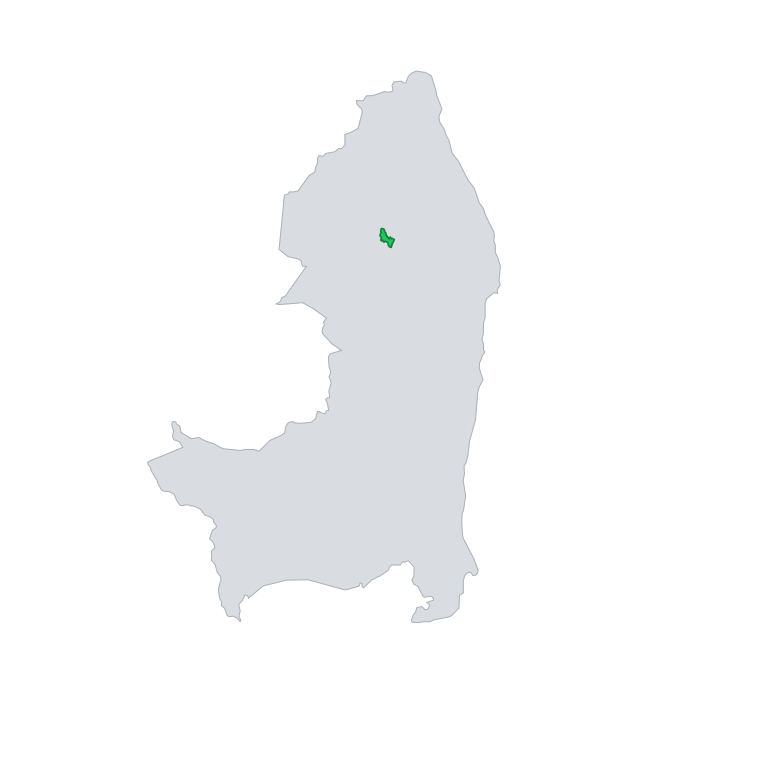 Urubamba, Cusco, Peru shown in context, rotated 215°
{"feature_id": "86281439B1367773994122", "entity_name": "Urubamba", "entity_type": "district", "adm_level": 2, "iso_a3": "PER", "parent_name": "Peru", "parent_adm1": "Cusco", "projection": "mercator", "projection_center": [-72.303, -13.268], "detail": "fine", "context": "in_parent", "style": "filled", "palette": "green", "viewbox_px": 768, "rotation_deg": 215, "n_neighbors": 0, "source": "geoboundaries", "source_scale": "gbopen_adm2", "svg_char_len": 7193}
<svg xmlns="http://www.w3.org/2000/svg" viewBox="0 0 768 768"><g transform="rotate(215 384 384)"><path d="M535.4,230.5L535.3,232.4L532.8,233.4L530.6,232.0L527.2,232.4L522.3,227.9L510.4,228.6L505.2,233.9L497.3,235.0L488.8,237.5L479.0,238.5L463.8,247.0L460.3,250.5L453.4,255.5L447.8,257.2L445.0,272.6L439.5,281.6L437.3,286.6L440.3,294.0L440.2,297.7L437.2,300.7L434.6,301.0L429.4,304.2L421.6,311.0L420.2,316.3L422.7,323.2L421.9,324.0L415.4,325.3L415.6,329.2L414.3,330.7L419.7,336.2L422.7,337.5L422.9,338.9L422.4,340.3L421.2,341.0L421.1,342.2L425.0,346.3L427.9,354.6L433.5,358.7L433.7,361.3L435.3,364.0L438.3,365.9L445.1,374.3L445.3,378.1L438.1,387.0L449.9,387.0L463.0,390.0L464.8,391.4L466.4,395.4L466.6,398.0L469.2,400.2L468.9,405.0L486.2,405.1L497.3,403.9L515.3,389.0L518.2,387.8L516.6,391.0L516.4,393.4L517.4,395.9L515.3,399.5L515.1,435.8L518.4,433.8L522.6,437.2L525.7,437.4L535.6,433.3L547.1,434.0L573.9,481.5L571.6,484.7L571.7,487.2L568.4,489.3L565.1,493.1L564.9,512.1L562.2,517.9L563.8,520.9L565.2,527.0L567.7,530.6L568.3,533.0L568.0,533.9L564.3,535.9L564.0,539.4L557.4,546.2L556.2,550.8L553.7,552.3L553.2,557.6L559.3,566.1L555.4,571.1L551.8,578.6L557.9,594.5L560.4,596.8L563.1,596.7L567.0,598.0L569.2,600.4L564.3,603.4L563.5,604.7L563.8,609.9L558.4,613.9L551.3,623.9L549.3,624.5L545.7,627.5L545.1,629.0L545.7,630.4L548.8,633.4L549.1,637.1L543.9,641.6L540.2,642.1L538.9,643.3L540.4,649.5L540.3,652.3L539.2,655.6L536.6,659.1L528.9,662.9L521.9,663.6L509.9,654.3L506.2,650.5L494.3,642.6L492.4,634.4L488.4,630.4L481.2,627.4L475.4,623.2L471.0,621.2L460.3,612.0L450.6,609.1L432.4,599.4L422.5,596.2L409.9,587.1L403.2,584.7L397.7,580.5L381.2,571.5L378.6,568.7L376.1,564.2L372.4,561.6L368.3,555.6L362.2,552.0L356.3,547.3L349.1,534.7L345.6,531.8L345.4,526.1L343.0,523.5L346.5,521.6L348.8,512.7L347.6,508.3L339.2,496.3L337.6,491.4L331.6,482.3L329.3,476.8L324.5,472.8L322.4,469.4L319.7,467.9L319.6,463.7L317.7,455.8L315.0,451.7L305.3,444.2L304.3,436.1L302.2,430.5L288.7,407.6L280.9,385.7L274.3,373.6L271.6,366.6L271.4,362.8L266.5,356.4L263.9,350.5L252.9,339.1L246.6,326.5L245.7,322.8L241.4,315.9L234.4,306.9L230.9,303.2L209.9,292.2L200.0,285.3L198.8,281.9L199.3,279.9L201.5,278.0L204.5,279.4L206.3,278.8L207.7,276.4L207.8,272.6L205.9,267.8L199.2,258.5L201.0,254.3L194.1,243.5L195.7,233.1L197.2,230.4L207.5,219.8L210.3,215.3L214.6,212.5L219.1,208.2L224.5,204.9L226.0,206.1L227.6,211.7L227.4,215.5L228.9,219.7L225.1,223.5L221.1,222.7L219.5,223.7L218.9,225.5L219.6,228.3L220.6,229.5L223.6,229.6L219.6,235.2L219.9,236.3L222.7,237.3L225.4,235.9L228.3,232.7L230.0,232.3L240.3,237.7L245.1,237.1L248.8,239.6L249.2,243.5L254.3,251.3L262.0,253.2L263.3,252.5L265.0,249.7L266.7,249.2L267.0,244.9L273.7,240.3L274.7,237.2L273.7,234.9L273.9,233.2L277.7,223.0L279.0,221.9L280.1,218.6L281.7,216.6L283.9,205.2L285.7,205.3L287.5,208.0L289.5,207.3L288.4,204.7L288.8,203.8L296.1,194.7L298.5,192.7L333.9,180.1L351.6,167.2L367.2,149.2L372.1,130.9L373.9,132.2L376.8,131.8L375.8,124.4L376.5,120.9L376.4,119.9L371.6,115.5L369.6,110.6L365.4,107.9L365.5,106.9L370.0,107.9L374.1,107.5L377.6,104.4L380.2,104.7L386.0,108.8L390.3,109.2L391.7,112.2L395.8,114.3L401.8,120.6L404.5,127.5L404.3,128.7L407.0,132.3L412.7,134.1L418.5,139.1L424.4,140.7L427.1,145.3L428.7,146.7L429.5,149.3L428.6,152.4L429.5,154.0L433.9,156.7L437.6,156.9L438.5,158.1L440.6,165.7L439.2,169.5L439.7,171.6L444.7,173.4L446.1,175.1L450.0,175.4L455.6,173.8L462.5,176.1L467.8,175.3L470.3,174.7L472.8,173.0L474.9,173.0L480.3,168.2L481.8,167.8L487.6,170.0L492.5,173.3L498.5,172.6L501.0,170.6L505.3,169.4L513.2,173.5L515.0,175.4L517.1,175.8L525.6,179.8L527.1,181.5L531.5,183.0L532.5,184.3L532.2,185.8L512.4,216.8L518.5,219.3L524.2,217.8L527.2,219.8L529.4,224.9L533.9,228.2L535.4,230.5Z" fill="#d9dde1" stroke="#a8b0b8" stroke-width="1"/><path d="M474.4,510.5L474.7,510.4L474.9,510.2L475.0,510.0L475.2,509.9L475.2,509.7L475.3,509.1L475.2,509.0L475.2,508.9L475.2,508.7L474.9,508.5L474.8,508.3L474.8,508.2L474.6,508.0L474.6,507.9L474.4,507.6L474.2,507.3L474.2,507.2L474.0,506.9L473.8,506.6L473.7,506.6L473.4,506.6L473.4,506.8L473.2,506.6L473.2,506.3L473.1,506.1L473.1,505.8L473.1,505.6L473.1,505.4L473.0,505.1L472.9,505.0L472.9,504.9L473.0,504.8L473.0,504.7L472.9,504.7L472.8,504.4L472.7,504.3L472.7,504.2L472.7,503.9L472.6,503.7L472.5,503.4L472.4,503.3L472.3,503.2L472.1,503.2L471.9,502.9L471.7,502.8L471.6,502.7L471.4,502.6L471.2,502.7L470.9,502.7L470.6,502.7L470.4,502.6L470.2,502.5L470.2,502.4L469.9,502.2L469.9,501.9L469.8,501.7L469.8,501.3L469.8,501.2L469.7,500.9L469.4,500.8L469.5,500.7L469.4,500.4L469.3,500.2L469.1,500.2L468.9,500.0L468.9,499.9L468.7,499.8L468.5,500.0L468.3,500.0L468.2,500.0L468.2,499.9L467.9,499.9L467.7,499.9L467.7,500.0L467.6,500.4L467.6,500.5L467.4,500.7L467.5,500.8L467.5,501.0L467.2,501.2L466.8,500.9L466.8,500.7L466.6,500.6L466.3,500.5L466.2,500.6L466.1,500.4L465.9,500.2L465.7,500.1L465.5,500.3L465.4,500.4L465.2,500.4L465.2,500.6L465.2,500.8L465.3,500.9L465.4,501.0L465.0,501.3L464.8,501.6L464.7,501.8L464.4,501.8L464.3,501.7L464.1,501.7L463.9,501.7L463.7,501.8L463.4,501.8L463.1,501.9L462.9,502.1L462.7,502.2L462.4,502.2L462.1,502.0L461.9,501.8L461.9,501.7L461.6,501.6L461.4,501.5L461.2,501.4L461.1,501.2L460.9,500.9L460.7,500.7L460.3,500.6L460.1,500.5L460.0,500.3L460.0,500.2L459.9,500.0L459.7,499.9L459.3,499.9L459.0,499.7L458.7,499.7L458.2,499.4L457.8,499.7L457.8,499.8L457.6,499.8L457.5,499.7L457.3,499.7L457.2,499.7L457.1,499.8L456.8,499.9L456.7,500.0L456.4,500.1L456.5,500.4L456.5,500.5L456.7,500.8L456.7,501.0L456.8,501.1L457.0,501.3L456.9,501.5L457.0,501.8L457.0,502.0L457.3,502.2L457.3,502.4L457.2,502.6L457.3,502.8L457.4,503.0L457.5,503.2L457.4,503.3L457.6,503.5L457.8,503.6L457.8,503.8L457.7,503.9L457.8,504.0L457.8,504.3L457.8,504.8L457.7,505.2L457.7,505.4L457.8,505.7L457.9,505.8L458.0,506.2L458.0,506.5L458.0,506.8L458.0,507.1L458.1,507.4L458.3,507.5L458.2,507.8L458.2,508.0L458.4,508.3L458.7,508.3L458.9,508.4L459.1,508.3L459.2,508.2L459.3,508.1L459.5,508.1L459.8,508.1L460.0,508.1L460.3,508.0L460.5,508.1L460.8,508.0L460.9,507.9L461.1,507.8L461.1,507.7L461.2,507.4L461.3,507.5L461.5,507.6L461.9,507.5L462.0,507.5L462.3,507.5L462.5,507.7L462.6,507.8L462.8,508.0L463.0,508.1L463.3,508.0L463.3,507.9L463.2,507.8L463.2,507.7L463.2,507.4L462.9,507.4L462.9,507.2L463.0,506.9L462.9,506.8L462.8,506.7L462.9,506.4L462.8,506.2L463.0,506.1L463.3,505.7L463.5,505.6L463.7,505.8L463.9,506.0L464.0,506.2L464.0,506.3L464.2,506.5L464.3,506.5L464.5,506.5L464.7,506.4L464.8,506.4L465.0,506.3L465.0,506.5L465.3,506.6L465.5,506.6L465.8,506.4L465.9,506.5L466.0,506.6L466.2,506.8L466.3,506.9L466.3,507.0L466.5,507.0L466.6,506.9L466.7,507.0L466.9,506.9L467.1,506.9L467.2,507.0L467.3,507.0L467.5,506.9L467.8,506.9L468.0,507.0L467.9,507.3L468.0,507.7L467.9,507.7L468.0,507.9L468.0,508.0L468.4,508.3L468.5,508.4L468.8,508.5L469.1,508.6L469.1,508.8L469.3,508.9L469.4,509.0L469.6,509.0L469.8,508.9L470.1,508.9L470.4,508.8L470.5,508.9L470.7,509.0L470.9,509.1L470.9,509.3L471.0,509.7L471.1,509.8L471.3,510.0L471.5,510.1L472.1,510.2L472.2,510.3L472.3,510.3L472.4,510.6L472.6,510.7L472.6,510.8L472.9,510.8L473.1,510.8L473.4,510.6L473.7,510.6L473.8,510.4L474.0,510.4L474.3,510.4L474.4,510.5Z" fill="#22c55e" stroke="#15803d" stroke-width="1.5"/></g></svg>